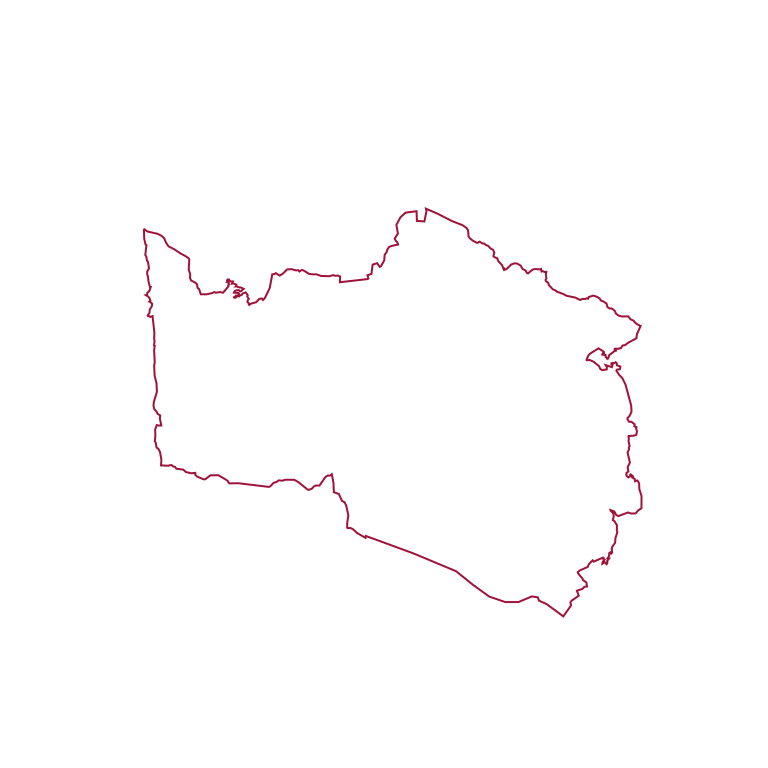 outline of Drajna, Prahova, Romania, rotated 300°
{"feature_id": "2599482B74939876983586", "entity_name": "Drajna", "entity_type": "district", "adm_level": 2, "iso_a3": "ROU", "parent_name": "Romania", "parent_adm1": "Prahova", "projection": "orthographic", "projection_center": [26.088, 45.26], "detail": "fine", "context": "isolated", "style": "outline", "palette": "rose", "viewbox_px": 768, "rotation_deg": 300, "n_neighbors": 0, "source": "geoboundaries", "source_scale": "gbopen_adm2", "svg_char_len": 6164}
<svg xmlns="http://www.w3.org/2000/svg" viewBox="0 0 768 768"><g transform="rotate(300 384 384)"><path d="M397.7,666.6L401.6,667.3L405.1,669.1L415.8,663.0L420.6,657.7L425.0,654.9L426.4,653.4L427.1,651.5L425.3,650.0L427.2,648.4L427.1,645.9L428.6,645.5L429.1,642.8L428.5,642.6L428.1,643.6L428.1,645.1L427.6,644.6L427.5,643.3L425.4,642.4L425.6,640.4L426.8,639.0L428.4,638.5L430.4,639.4L433.8,636.6L439.0,636.2L446.4,629.2L450.2,628.8L451.4,627.8L453.1,627.7L456.7,624.4L459.4,623.2L460.8,621.9L461.3,621.9L464.4,626.5L466.2,627.9L469.5,626.7L472.0,624.1L472.8,624.2L472.7,621.8L474.4,621.3L475.0,617.1L473.9,615.5L473.9,614.8L475.4,612.3L476.2,611.9L478.9,612.6L483.6,612.3L489.0,608.8L504.2,593.5L508.3,587.4L509.4,583.4L511.7,578.6L513.0,578.6L514.7,580.9L517.3,580.0L516.7,576.3L518.5,575.0L518.6,573.6L517.8,573.4L515.7,570.6L514.7,571.1L515.1,572.3L512.5,572.9L511.2,566.6L510.3,568.3L508.0,569.6L505.1,566.0L505.2,563.8L507.0,561.2L508.1,554.5L507.6,550.1L506.4,548.5L506.0,547.6L506.3,547.3L510.7,546.7L513.1,547.2L522.1,551.9L521.9,558.1L521.5,558.6L520.9,558.2L520.2,559.3L519.2,558.2L518.6,558.3L519.9,561.4L518.2,562.4L518.2,563.4L517.4,564.7L518.1,565.4L521.6,564.6L528.0,567.3L528.7,568.2L529.9,567.6L529.2,566.5L529.9,566.2L531.9,569.7L532.5,569.8L533.4,571.2L536.7,571.4L538.0,573.2L541.7,574.8L549.8,579.7L553.8,578.1L562.6,577.2L562.3,573.6L562.9,570.0L563.7,568.5L563.3,565.2L564.7,561.7L561.6,556.6L560.5,552.9L561.0,549.6L562.6,547.5L563.2,544.4L563.2,543.2L562.2,541.7L562.3,539.1L565.0,536.4L565.1,531.7L564.7,530.0L565.9,528.1L566.0,524.9L565.2,521.0L561.6,517.8L559.9,518.1L559.7,516.9L558.2,515.7L556.8,513.1L554.8,511.9L554.5,506.4L551.7,498.1L551.6,494.3L550.4,487.6L550.8,485.9L550.4,483.1L552.0,477.4L553.7,475.8L554.0,472.8L554.9,471.9L556.6,471.9L559.5,469.6L562.3,468.5L561.3,467.2L561.1,464.9L560.2,464.2L562.2,462.4L561.0,461.4L559.2,457.4L557.2,455.4L551.8,453.4L551.6,452.3L553.1,449.7L552.9,446.4L554.9,443.1L554.9,439.3L553.9,436.9L551.3,434.5L545.0,432.7L543.0,431.2L543.9,430.5L543.3,430.2L545.9,426.9L547.6,421.5L549.5,419.2L549.1,416.9L549.4,414.8L552.8,413.9L554.7,411.5L554.7,408.3L555.7,405.2L555.3,402.3L555.7,400.4L554.9,398.7L555.1,395.7L553.1,394.5L552.7,393.7L552.5,389.5L553.1,385.7L554.0,383.5L559.2,379.9L560.4,377.5L560.8,372.4L559.2,362.3L558.2,344.7L556.8,332.7L555.0,334.3L545.0,337.7L541.7,331.0L549.9,325.8L543.2,317.0L536.6,314.9L528.1,315.1L521.3,320.8L515.3,320.5L514.1,322.3L513.4,324.6L511.9,326.5L507.1,321.3L504.9,319.8L501.5,319.7L500.0,320.3L496.1,320.0L491.2,322.4L484.7,322.5L483.3,321.7L485.2,317.6L481.7,314.5L473.0,318.1L469.9,315.3L467.6,317.7L466.7,317.4L450.1,294.9L455.1,292.3L454.9,290.0L453.1,287.2L452.9,285.5L450.1,282.9L446.1,275.5L445.2,270.5L443.7,268.3L441.9,264.1L442.1,257.6L441.5,255.6L439.1,254.5L439.7,253.1L438.4,251.0L437.3,246.7L434.8,242.8L428.6,241.1L425.7,239.5L425.9,234.9L424.2,234.0L423.1,232.4L410.2,237.0L398.7,237.9L396.2,237.2L397.0,235.5L395.3,233.4L390.9,232.4L386.8,228.4L385.1,227.8L385.3,227.1L386.4,226.3L386.7,224.8L388.4,224.1L390.0,224.4L391.5,221.8L392.8,221.6L394.2,218.5L391.8,216.4L389.7,216.1L388.9,215.1L387.4,214.7L387.1,213.3L384.4,212.2L383.6,210.2L385.1,211.5L386.4,211.5L387.6,213.4L389.7,213.2L390.0,212.5L388.1,208.3L389.5,208.2L391.4,209.4L392.7,211.4L392.2,212.6L392.6,213.6L396.2,214.9L396.1,212.1L394.9,209.3L395.1,207.9L394.4,206.9L395.3,207.1L396.3,206.3L395.7,203.2L394.9,202.2L397.3,201.9L395.9,199.4L397.0,197.3L396.3,196.4L395.2,196.2L394.7,196.8L395.0,197.6L393.9,197.3L394.4,198.7L393.6,198.8L392.8,200.1L391.5,199.7L390.8,200.4L382.6,199.0L381.7,196.1L379.1,192.9L378.7,191.0L376.7,189.6L372.9,185.4L370.1,180.5L373.8,176.3L373.9,174.6L376.8,172.3L377.4,170.2L377.2,165.3L378.8,163.0L382.1,161.3L385.7,157.5L394.2,153.3L395.0,152.4L395.5,148.8L395.3,141.9L395.8,135.1L395.5,128.5L397.3,124.8L400.5,120.4L401.1,116.8L400.8,112.5L397.8,103.0L398.1,99.1L397.7,98.9L389.8,103.8L385.6,107.7L385.5,108.8L376.3,112.8L375.5,114.5L372.3,117.0L371.9,118.4L366.6,122.7L362.9,122.7L360.3,124.3L359.6,125.4L354.8,129.0L350.9,132.9L351.3,133.5L347.0,134.3L344.7,133.4L342.9,134.1L341.9,133.2L341.9,135.8L341.1,138.1L339.3,140.1L338.0,139.6L338.2,140.5L337.5,143.2L334.9,144.1L331.5,143.9L328.3,145.3L325.2,145.1L324.8,145.9L325.4,147.2L325.2,148.0L327.1,149.6L313.6,159.5L308.2,162.3L306.4,163.9L302.4,165.5L302.5,166.3L298.3,168.0L288.0,174.7L285.2,175.6L276.4,181.3L271.0,186.5L263.8,191.2L253.0,193.8L250.0,195.2L247.5,197.4L246.1,201.3L244.9,203.0L244.9,205.9L242.1,207.1L236.7,211.9L235.3,209.5L234.9,207.8L233.9,207.9L230.1,208.6L224.5,212.1L219.9,214.1L219.0,215.7L215.3,218.7L215.0,221.1L213.1,224.0L207.1,229.1L202.0,231.6L205.5,238.3L206.7,239.2L207.6,240.9L207.1,242.3L207.7,244.5L206.8,246.5L209.5,253.1L208.7,256.4L210.3,261.7L212.7,265.0L211.0,266.0L210.4,268.2L211.2,275.3L212.0,276.8L218.1,279.3L222.2,286.3L222.1,295.6L221.7,297.6L220.9,298.6L220.6,299.8L225.1,307.2L237.3,335.7L238.5,336.7L243.2,337.8L245.1,339.7L248.0,341.1L249.2,343.9L252.0,346.8L256.2,354.3L256.2,359.1L254.4,370.4L254.7,371.7L257.3,373.9L260.3,374.5L262.0,375.7L263.8,378.9L274.2,379.8L276.6,381.0L277.6,383.0L279.8,383.9L273.2,389.6L265.2,394.7L266.2,399.9L261.7,406.1L261.9,408.9L259.8,412.1L252.4,418.8L246.0,421.3L241.5,423.7L241.0,424.5L242.4,426.7L242.8,429.3L241.5,435.4L241.5,444.9L243.3,444.2L252.1,494.7L257.9,540.0L254.6,561.2L252.5,581.3L255.8,598.1L262.3,609.4L274.0,618.3L276.1,623.8L273.9,626.6L274.7,634.7L272.4,655.5L285.7,656.7L288.2,654.6L290.3,654.9L298.0,658.5L301.4,654.4L305.8,658.3L308.4,658.9L310.1,661.0L313.3,658.5L313.7,654.0L314.7,653.3L316.8,647.3L317.9,645.9L320.4,646.8L327.5,651.9L330.3,651.5L335.6,652.8L335.0,654.4L342.7,660.1L342.3,660.3L342.9,661.2L342.1,661.6L342.1,662.8L339.4,662.3L337.5,663.0L340.0,664.3L339.3,666.9L341.1,666.8L342.2,665.7L345.4,666.2L344.8,664.8L347.5,665.0L350.1,663.6L351.3,664.0L350.7,665.5L352.1,665.9L355.3,663.5L357.4,663.1L362.2,663.5L366.2,661.5L372.5,660.1L374.0,658.6L378.1,656.4L380.3,652.4L380.6,650.2L384.0,649.2L386.6,647.4L387.5,643.6L388.1,643.1L388.7,647.3L386.7,650.5L386.8,653.0L394.8,659.6L395.3,662.5L397.7,666.6Z" fill="none" stroke="#9f1239" stroke-width="2"/></g></svg>